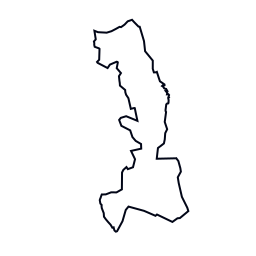 Katcha, Niger, Nigeria (Natural Earth projection), rotated 163°
{"feature_id": "59680162B69752440983216", "entity_name": "Katcha", "entity_type": "district", "adm_level": 2, "iso_a3": "NGA", "parent_name": "Nigeria", "parent_adm1": "Niger", "projection": "natural_earth1", "projection_center": [6.264, 9.093], "detail": "fine", "context": "isolated", "style": "outline", "palette": "ink", "viewbox_px": 256, "rotation_deg": 163, "n_neighbors": 0, "source": "geoboundaries", "source_scale": "gbopen_adm2", "svg_char_len": 1946}
<svg xmlns="http://www.w3.org/2000/svg" viewBox="0 0 256 256"><g transform="rotate(163 128 128)"><path d="M106.5,227.2L110.2,226.4L115.5,225.4L120.5,225.4L128.7,228.4L131.7,230.8L132.9,222.3L133.2,222.0L135.3,220.7L135.4,219.1L136.0,217.3L136.1,215.4L132.4,212.6L132.1,212.0L135.6,201.7L138.3,200.2L138.0,199.2L130.0,191.3L126.8,193.9L119.5,194.7L118.7,194.2L118.6,193.6L121.3,188.5L118.7,182.6L121.5,180.2L122.4,175.6L122.7,173.5L123.3,170.9L119.6,165.2L120.1,163.0L120.1,160.4L118.9,156.4L119.7,145.5L116.2,145.3L115.7,145.0L116.1,141.1L116.9,132.1L126.3,139.8L131.9,139.8L132.1,139.7L134.1,138.3L133.7,132.0L126.6,125.1L126.4,118.0L124.4,113.4L120.2,108.9L121.4,104.4L131.8,105.2L130.4,96.1L134.7,89.0L140.2,88.7L140.9,91.1L144.7,89.3L146.7,87.2L151.8,71.1L157.8,69.8L163.0,71.4L168.7,71.0L172.5,72.1L173.0,71.5L174.3,69.7L174.9,68.9L175.5,68.2L176.1,67.3L176.2,66.3L176.4,64.9L176.5,63.8L175.7,62.0L176.1,61.3L176.5,59.0L176.1,53.7L176.9,50.2L175.9,47.2L174.5,43.9L172.9,40.5L172.1,37.2L171.5,37.2L170.8,37.2L170.9,35.6L170.9,34.0L170.4,33.1L169.9,32.4L168.6,32.5L160.5,40.5L154.1,50.3L150.5,52.7L136.9,44.1L133.0,40.8L127.4,36.0L125.6,36.8L113.0,25.2L107.1,27.2L104.7,26.7L94.6,30.9L94.6,34.4L96.6,46.4L96.3,50.6L95.6,60.5L94.8,66.3L90.2,70.8L89.7,74.3L89.5,81.7L90.7,85.0L91.0,85.0L109.5,90.2L105.2,100.1L98.2,102.7L96.2,106.3L93.9,112.2L90.9,115.4L91.1,123.1L90.8,123.7L86.9,132.2L87.1,133.0L86.9,134.1L84.5,139.4L83.3,140.0L82.3,139.8L81.9,140.3L81.0,142.8L80.8,145.0L79.9,145.3L80.1,146.0L79.1,147.5L79.5,148.5L80.9,148.8L80.2,150.1L81.1,152.3L79.6,152.0L80.1,154.2L81.1,154.7L81.8,155.4L82.3,157.3L83.1,158.2L82.3,158.6L81.6,158.2L80.6,158.2L80.4,159.0L81.7,160.7L83.8,163.3L83.9,166.5L84.0,173.2L84.5,173.1L85.1,173.1L87.0,173.6L87.0,177.4L84.6,185.2L89.2,196.4L87.3,206.4L87.2,221.4L88.3,221.9L91.4,227.9L92.5,230.3L97.1,230.1L101.0,227.9L102.7,227.3L105.2,226.5L106.5,227.2Z" fill="none" stroke="#020617" stroke-width="2"/></g></svg>